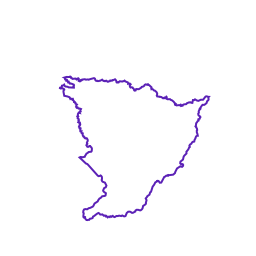 Lilongwe, Lilongwe, Malawi (orthographic projection), rotated 238°
{"feature_id": "42251766B26147222520266", "entity_name": "Lilongwe", "entity_type": "district", "adm_level": 2, "iso_a3": "MWI", "parent_name": "Malawi", "parent_adm1": "Lilongwe", "projection": "orthographic", "projection_center": [33.601, -14.039], "detail": "fine", "context": "isolated", "style": "outline", "palette": "violet", "viewbox_px": 256, "rotation_deg": 238, "n_neighbors": 0, "source": "geoboundaries", "source_scale": "gbopen_adm2", "svg_char_len": 5782}
<svg xmlns="http://www.w3.org/2000/svg" viewBox="0 0 256 256"><g transform="rotate(238 128 128)"><path d="M204.5,100.7L204.0,101.0L202.8,100.5L202.3,100.8L202.0,100.6L201.7,100.8L201.9,101.3L201.5,101.7L201.2,101.7L200.7,101.1L200.5,101.6L199.8,101.4L198.9,102.2L198.3,101.4L197.2,102.4L196.5,102.2L195.5,103.6L193.5,105.0L192.9,104.9L192.2,103.7L191.5,103.9L190.9,103.5L193.9,99.2L194.9,98.7L196.4,96.9L197.2,96.6L198.6,96.8L198.4,95.9L198.9,94.4L197.7,93.4L198.2,91.7L197.9,91.4L197.0,92.0L197.2,92.9L195.1,94.3L194.5,94.4L194.2,94.2L194.1,93.4L193.0,92.5L189.1,91.0L186.9,93.3L185.1,94.7L183.3,94.5L183.4,95.1L182.5,95.5L182.0,96.7L181.6,96.6L181.5,95.9L181.2,95.8L180.7,96.2L179.3,96.4L178.6,96.0L178.0,96.7L177.5,96.5L177.2,96.8L176.4,96.4L175.0,97.1L174.8,96.4L174.2,95.9L173.3,95.8L173.3,95.2L172.3,95.2L171.9,96.2L171.3,96.1L170.4,96.6L170.2,97.3L169.0,98.2L168.4,97.2L167.6,96.5L167.1,96.5L167.2,94.9L166.5,94.9L166.9,94.5L166.8,93.5L166.3,92.8L165.3,92.3L164.8,91.3L164.2,91.7L164.0,91.1L163.0,90.5L162.7,90.8L161.5,90.9L161.0,90.1L160.2,90.2L159.3,88.9L158.6,89.6L157.5,89.2L157.0,89.4L157.1,89.7L156.3,89.4L155.7,88.6L155.9,88.2L155.0,87.0L154.1,87.2L153.5,86.8L152.9,87.6L152.3,87.3L151.9,86.6L150.4,85.8L149.9,86.1L149.8,86.7L149.3,86.3L148.8,86.3L148.3,86.0L147.4,86.8L146.4,85.9L144.6,85.6L144.2,86.1L143.4,85.9L143.1,86.2L142.5,86.0L141.9,86.2L141.4,86.8L141.5,87.2L140.9,87.7L139.2,87.5L138.4,87.0L137.4,85.4L136.7,85.0L136.1,85.1L135.5,83.6L133.6,83.6L133.0,84.5L133.2,85.7L132.7,86.4L132.2,86.3L130.8,86.7L129.5,86.4L127.8,85.1L127.4,84.3L128.5,81.8L128.2,80.5L128.3,79.2L127.5,77.8L127.3,77.1L126.5,76.1L127.2,74.1L128.6,72.4L128.7,71.3L120.2,73.5L119.0,74.4L118.2,74.6L103.6,77.1L102.7,77.6L102.3,78.6L102.3,79.6L101.6,79.9L100.3,79.9L98.5,78.9L97.9,78.1L96.7,77.9L95.9,78.0L93.9,79.5L90.6,79.2L89.5,77.7L89.7,76.1L89.4,75.5L88.2,73.8L87.4,73.6L86.5,73.8L84.4,74.7L82.7,73.2L82.7,72.3L83.8,69.9L83.2,67.9L83.3,66.4L82.6,64.6L81.8,63.4L81.7,59.6L80.4,57.6L80.0,56.5L80.3,53.6L80.8,52.2L80.7,50.3L81.9,48.8L82.2,47.5L81.3,46.1L80.0,45.2L79.2,45.3L76.9,43.4L76.0,43.0L75.6,43.1L75.7,43.8L75.2,44.4L74.0,43.7L72.0,44.0L71.3,45.0L71.1,45.9L70.7,46.4L71.2,47.7L70.6,49.1L70.4,50.2L71.4,51.4L71.3,52.5L71.7,56.1L71.6,57.9L70.7,58.4L69.5,58.5L68.9,59.1L68.3,60.5L66.4,61.0L66.1,62.1L64.8,62.3L64.8,63.1L64.0,63.1L63.0,63.4L63.2,63.9L63.0,64.7L62.1,65.3L62.5,66.2L61.5,66.9L61.7,67.6L61.6,68.5L60.6,68.6L59.5,69.5L59.5,71.6L58.7,72.7L58.4,74.0L56.9,75.6L56.9,76.7L55.2,77.8L54.8,78.4L54.7,79.3L56.6,81.9L56.9,83.8L56.1,85.2L55.4,85.8L54.2,86.2L53.5,87.1L53.3,89.9L54.0,90.5L54.1,91.9L53.2,93.3L51.7,94.6L51.5,95.3L51.7,96.8L52.1,97.7L53.9,99.5L54.0,102.1L54.3,103.1L55.2,103.6L57.0,105.5L58.9,105.7L59.5,107.7L59.9,108.1L60.1,110.9L61.7,112.7L61.7,113.7L65.2,117.8L66.1,120.2L67.4,122.3L67.3,124.4L67.7,124.6L67.5,125.2L66.9,125.8L64.7,126.0L64.1,127.3L67.3,132.8L67.1,133.4L67.3,135.0L66.5,136.3L67.0,136.4L66.9,137.2L66.2,137.9L64.5,141.6L64.9,144.0L65.7,144.8L67.7,148.1L67.8,151.8L66.4,153.3L66.7,154.6L67.4,155.2L68.4,155.2L69.0,154.4L69.0,153.8L70.5,153.6L71.7,154.7L72.1,157.9L74.2,160.0L74.7,161.0L75.4,164.1L76.9,164.9L77.9,167.8L79.2,169.7L79.2,170.4L80.6,170.8L81.1,171.9L81.1,173.4L81.7,174.4L82.0,175.5L81.5,176.5L81.4,177.0L82.7,178.2L83.4,179.6L84.1,180.3L84.8,181.4L84.8,182.6L84.5,183.1L86.4,183.8L87.7,184.0L89.3,184.9L89.6,185.6L91.1,186.2L92.4,186.1L92.8,186.4L93.6,186.1L94.3,187.1L95.9,188.3L96.3,189.5L96.9,190.6L96.9,191.8L98.1,192.2L97.9,193.8L98.8,194.6L98.9,195.2L99.5,195.3L101.0,194.6L101.8,194.6L103.0,195.2L103.4,196.2L104.7,196.8L105.4,197.9L105.8,199.3L106.3,199.0L108.0,202.8L108.1,203.7L107.3,204.7L107.2,205.4L107.5,207.8L108.8,209.3L109.0,210.7L109.4,211.4L111.4,212.4L111.6,213.0L112.1,212.3L113.1,211.6L113.5,210.8L113.5,210.2L112.2,206.7L113.4,204.7L113.7,202.1L114.8,201.0L116.8,200.0L116.6,198.9L117.3,197.9L115.2,195.9L115.8,195.1L116.3,195.0L116.9,194.4L116.8,194.1L117.5,193.0L117.6,191.8L117.8,191.4L117.4,190.0L118.4,187.9L118.5,186.8L118.0,186.3L118.1,185.8L118.5,184.8L119.2,185.3L119.9,185.1L119.9,183.8L120.4,183.3L121.5,181.1L122.1,181.0L122.4,180.4L122.9,180.2L123.4,180.5L123.4,181.2L124.9,180.7L126.0,180.7L128.3,179.9L129.3,179.1L130.2,178.9L131.4,176.8L132.3,176.2L133.6,177.2L134.1,177.1L133.8,176.6L134.2,175.9L133.8,175.7L133.8,175.1L134.2,174.8L134.2,174.2L134.8,173.9L134.8,173.4L136.6,172.7L137.4,171.7L137.7,171.6L137.8,171.1L138.3,170.8L139.3,169.5L140.3,169.6L140.8,170.3L141.9,171.1L143.5,171.2L145.4,170.6L146.1,169.9L147.4,169.7L148.0,169.3L148.4,168.5L148.8,168.8L149.4,168.8L149.6,169.3L150.1,169.5L153.3,168.6L153.9,167.8L154.6,168.0L154.8,166.8L155.6,166.2L155.7,165.7L155.7,164.9L155.2,164.2L155.1,163.0L155.6,161.4L155.2,160.6L155.2,157.7L156.7,155.6L155.8,154.3L156.2,153.4L156.7,153.2L157.7,153.6L158.8,153.5L159.2,153.2L160.0,153.3L160.8,152.4L161.0,151.6L161.9,151.5L163.0,151.9L163.6,153.3L164.2,152.9L164.6,153.1L165.1,152.6L165.4,151.5L166.1,151.9L166.8,152.0L168.8,150.5L170.0,150.2L169.9,149.3L170.3,148.7L170.4,147.8L172.0,145.8L171.8,145.2L172.2,144.0L171.8,143.8L172.5,142.6L172.8,142.5L174.6,143.1L176.2,142.8L176.4,140.8L176.9,140.2L176.6,139.4L177.7,138.1L177.3,137.5L177.8,136.3L177.8,135.5L178.2,135.1L178.9,135.0L179.7,134.6L179.8,133.5L180.2,133.3L180.2,132.9L181.0,132.1L182.7,131.7L182.8,129.5L183.2,128.9L183.2,128.2L184.1,126.8L184.5,126.8L184.8,126.1L185.2,125.8L185.9,125.7L187.4,126.1L188.3,125.6L189.5,121.8L189.8,120.2L190.4,119.8L191.3,117.9L192.2,117.3L193.3,115.0L194.0,112.1L193.4,112.0L193.0,112.6L193.0,111.9L194.1,111.1L195.0,111.6L195.6,111.4L196.0,112.3L196.5,112.2L196.8,111.0L196.5,110.0L197.8,109.6L199.1,106.9L200.2,106.8L200.8,106.2L201.7,106.6L202.3,106.2L202.1,105.6L203.9,102.9L204.5,100.7Z" fill="none" stroke="#5b21b6" stroke-width="2"/></g></svg>